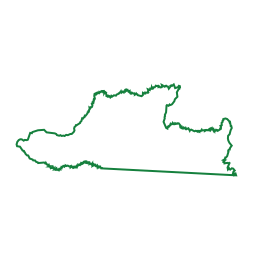 Paná-paná (Campo Alegre), Guainía, Colombia (Robinson projection), rotated 3°
{"feature_id": "7082276B62655490891692", "entity_name": "Paná-paná (Campo Alegre)", "entity_type": "district", "adm_level": 2, "iso_a3": "COL", "parent_name": "Colombia", "parent_adm1": "Guainía", "projection": "robinson", "projection_center": [-69.293, 2.063], "detail": "fine", "context": "isolated", "style": "outline", "palette": "green", "viewbox_px": 256, "rotation_deg": 3, "n_neighbors": 0, "source": "geoboundaries", "source_scale": "gbopen_adm2", "svg_char_len": 5791}
<svg xmlns="http://www.w3.org/2000/svg" viewBox="0 0 256 256"><g transform="rotate(3 128 128)"><path d="M54.0,171.9L54.9,170.7L55.4,171.9L56.1,171.5L56.7,172.7L57.2,172.5L56.8,173.1L57.5,172.9L57.6,173.5L58.3,173.7L59.0,173.0L58.9,172.5L59.6,173.2L60.8,173.2L60.7,173.8L61.2,173.9L61.4,172.6L62.2,172.8L61.9,172.2L63.1,171.7L63.4,170.8L63.9,171.4L64.1,170.8L64.9,171.3L64.3,170.6L65.2,169.4L66.1,169.8L66.0,169.2L68.0,169.2L67.9,168.7L68.8,169.1L69.8,168.7L71.6,169.6L72.8,169.0L72.8,170.3L74.0,169.4L75.3,170.8L76.6,170.1L76.3,169.4L76.9,169.3L77.1,170.2L78.0,170.1L78.7,169.6L78.4,169.1L78.8,168.5L79.2,169.4L79.7,168.2L81.0,167.7L80.7,167.2L81.4,167.3L82.2,166.4L82.2,165.8L82.5,166.5L82.9,165.6L83.5,166.2L84.3,165.7L84.2,166.1L84.9,165.7L84.5,165.1L85.0,165.0L85.1,165.4L85.5,165.0L85.2,164.6L85.6,164.1L86.3,164.4L86.3,163.9L86.9,163.5L88.3,163.5L88.7,164.4L88.3,165.1L89.0,165.2L89.1,164.4L89.9,164.4L90.1,165.1L90.1,164.3L90.6,164.2L91.1,165.8L91.6,165.1L91.9,165.8L93.1,165.6L93.0,166.1L93.6,166.5L94.0,165.8L94.0,166.8L94.4,167.3L94.9,167.0L94.7,167.7L95.4,167.3L95.7,166.0L96.3,166.5L95.7,167.0L97.0,166.5L97.0,167.2L97.9,167.8L99.0,166.9L99.4,168.3L99.7,167.5L100.3,168.2L100.5,167.4L100.7,168.5L101.2,167.9L102.2,167.9L102.4,169.1L103.9,169.3L103.8,169.7L238.4,169.6L237.7,167.7L237.2,167.8L236.9,168.9L236.2,168.8L236.0,169.4L235.1,168.4L235.6,166.0L236.8,164.9L235.2,163.1L233.8,162.8L232.3,164.2L231.4,163.8L231.0,163.0L230.0,164.2L229.5,162.2L231.5,157.0L230.4,158.0L229.0,157.6L226.2,158.3L226.0,156.7L225.5,156.5L225.4,157.1L225.0,157.0L225.1,156.1L226.4,155.1L225.1,154.9L226.3,154.1L226.7,152.4L227.3,152.4L228.5,150.9L229.6,146.3L229.2,145.8L229.4,144.9L230.0,144.2L230.7,144.2L231.0,142.5L232.5,140.2L230.0,137.4L228.8,135.2L228.3,133.1L228.4,130.5L229.8,128.9L230.6,124.9L231.6,122.6L231.3,121.4L230.6,120.9L230.8,120.4L230.4,120.2L229.6,116.8L229.2,117.1L228.8,116.0L226.6,113.9L224.9,113.4L222.8,114.0L222.4,113.5L222.8,115.2L222.0,116.0L222.2,116.9L221.2,118.0L221.5,120.2L220.2,121.0L220.9,122.0L220.2,123.5L220.8,123.4L220.8,124.0L217.8,126.1L217.3,125.4L216.3,125.2L216.3,125.9L215.3,126.3L215.4,125.7L214.4,125.6L214.4,126.3L213.6,125.2L213.5,126.1L213.0,125.4L213.1,124.5L212.3,124.6L211.9,123.8L211.4,124.6L211.4,123.9L210.9,123.8L210.5,124.0L210.6,125.6L210.0,126.3L208.9,126.1L208.9,125.1L207.6,126.1L206.6,125.9L205.1,126.8L205.2,126.0L202.2,126.6L201.7,125.8L200.8,127.3L199.5,127.2L199.5,128.0L198.0,127.2L197.3,127.3L197.4,127.9L195.8,127.2L194.5,127.8L191.2,126.3L190.1,126.8L189.8,127.5L188.9,125.9L188.1,125.7L188.6,125.6L188.3,125.1L186.4,126.1L185.7,125.0L185.3,125.8L183.7,124.6L183.4,125.2L182.8,124.5L183.0,125.2L182.5,125.5L182.0,124.6L181.8,125.4L180.3,124.7L180.1,123.8L180.5,123.7L180.0,122.5L178.4,120.7L177.2,120.7L176.8,121.2L176.0,121.0L176.1,121.3L174.1,121.8L173.4,121.7L173.4,121.3L173.0,121.6L172.3,120.7L172.0,121.6L171.0,122.2L170.3,121.6L169.8,123.1L168.9,123.7L169.4,123.8L168.9,124.5L167.5,125.3L167.4,126.5L166.1,125.9L163.2,120.0L164.2,116.4L163.9,115.2L164.4,114.2L164.1,113.1L165.2,110.4L165.3,103.6L165.7,103.1L167.3,103.7L168.2,102.5L168.6,103.0L169.7,102.6L170.7,102.0L172.9,98.8L173.3,96.9L175.7,94.2L174.9,89.8L176.5,86.6L177.2,86.2L177.0,85.1L177.8,84.8L177.6,83.5L176.6,83.2L175.8,84.6L173.0,85.7L171.4,82.1L169.8,83.6L169.0,83.1L168.1,83.7L168.3,84.3L166.7,86.6L165.8,84.6L164.8,84.5L164.1,83.8L163.4,83.9L162.6,84.8L162.0,84.3L160.7,84.6L160.4,83.6L159.5,83.2L160.0,84.7L159.5,85.5L158.1,85.8L157.2,84.9L156.2,85.5L155.9,84.3L154.2,84.6L153.6,84.3L152.5,86.0L151.2,86.0L150.9,87.3L150.1,87.5L149.6,86.4L149.5,87.6L148.1,87.4L147.8,89.0L145.8,88.3L146.3,89.6L145.9,90.9L146.4,91.5L146.1,91.8L143.3,91.7L143.4,92.7L142.6,92.8L141.1,92.1L141.1,94.4L139.9,95.5L135.9,94.7L135.7,94.0L134.6,93.4L133.4,94.2L133.5,93.7L133.1,94.0L132.6,93.1L131.8,93.4L130.9,92.9L129.8,93.4L129.6,92.6L128.9,93.0L128.8,92.3L128.6,93.1L127.5,92.3L127.9,91.9L127.3,91.6L127.5,90.9L126.3,91.3L125.6,90.0L124.6,90.8L124.0,89.6L123.2,90.0L123.0,92.0L121.7,91.8L121.7,92.7L120.6,92.2L120.1,93.2L120.1,92.4L119.6,92.7L119.4,92.3L119.3,92.8L118.6,92.2L117.5,93.9L116.1,93.9L116.5,94.1L116.3,94.6L114.9,95.2L114.3,96.3L112.2,96.1L110.6,97.4L109.8,96.8L109.6,97.6L108.5,97.3L108.9,98.1L108.7,98.4L107.9,97.4L106.6,97.8L106.4,97.0L105.5,97.5L104.7,97.1L104.9,95.9L104.0,94.8L104.3,93.9L103.8,93.6L103.9,94.0L102.8,93.9L102.5,94.4L102.5,94.0L102.1,93.9L102.5,93.6L101.9,93.4L102.2,93.0L101.6,92.9L101.7,92.3L100.7,92.4L100.7,91.7L100.4,92.5L99.4,92.6L98.9,93.6L98.0,93.6L97.6,94.3L97.3,93.9L97.0,94.8L96.3,94.7L96.3,95.2L96.0,94.6L95.0,95.6L95.0,95.0L94.4,95.5L94.4,94.8L92.8,95.7L92.6,97.8L93.3,100.1L92.4,100.7L92.3,101.5L92.8,101.6L92.1,102.9L92.4,102.9L92.1,104.8L91.2,104.5L91.1,105.4L90.6,105.8L91.3,107.0L91.0,108.7L90.0,109.5L89.5,109.3L89.1,110.4L88.5,109.9L88.7,111.4L88.2,111.9L88.2,113.0L87.6,113.2L87.7,114.2L86.9,114.4L86.8,115.4L85.2,117.8L84.6,118.3L84.2,118.1L84.0,119.5L83.1,119.8L82.6,120.9L81.7,120.7L81.1,123.5L79.9,124.8L79.9,125.5L76.7,127.8L75.8,127.9L75.6,128.9L74.5,129.9L74.2,131.4L74.7,133.2L74.1,134.7L72.1,136.9L70.7,137.0L68.3,138.3L66.6,138.1L65.1,139.3L63.9,139.0L62.1,139.4L60.9,138.7L59.7,139.3L57.4,138.8L56.7,137.8L55.2,137.2L46.9,136.6L44.3,134.2L38.2,135.0L32.7,137.1L32.3,138.2L30.6,138.0L28.6,144.9L27.6,145.4L25.5,145.3L24.5,146.1L22.5,144.9L21.0,144.9L19.5,145.8L18.2,147.6L17.6,150.2L18.2,152.0L21.1,152.3L23.9,156.0L25.2,156.3L25.2,157.0L26.1,157.5L27.1,159.3L28.6,160.6L29.8,160.7L31.4,163.6L34.4,164.5L35.0,165.3L36.9,165.3L38.0,166.6L39.8,167.1L40.1,167.7L45.8,166.9L46.5,167.0L47.2,167.8L47.9,167.9L48.0,167.4L48.9,168.7L49.9,168.8L50.3,169.8L50.9,169.1L51.3,170.2L51.8,170.2L51.1,170.6L52.1,170.6L52.8,171.9L53.1,171.5L53.4,172.0L54.0,171.9Z" fill="none" stroke="#15803d" stroke-width="2"/></g></svg>